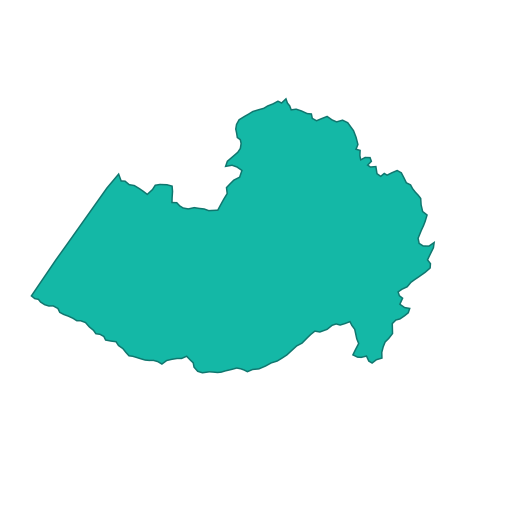 the district of São Gabriel da Palha, Espírito Santo, Brazil, rotated 215°
{"feature_id": "56859067B16425031458349", "entity_name": "São Gabriel da Palha", "entity_type": "district", "adm_level": 2, "iso_a3": "BRA", "parent_name": "Brazil", "parent_adm1": "Espírito Santo", "projection": "equal_earth", "projection_center": [-40.521, -18.954], "detail": "fine", "context": "isolated", "style": "filled", "palette": "teal", "viewbox_px": 512, "rotation_deg": 215, "n_neighbors": 0, "source": "geoboundaries", "source_scale": "gbopen_adm2", "svg_char_len": 2913}
<svg xmlns="http://www.w3.org/2000/svg" viewBox="0 0 512 512"><g transform="rotate(215 256 256)"><path d="M209.1,398.0L213.3,394.5L216.7,394.5L215.8,399.7L219.0,402.0L223.1,399.3L225.4,394.8L228.5,397.8L231.3,402.2L235.3,400.8L236.5,405.8L242.1,410.6L248.0,414.6L253.0,416.3L257.3,417.8L263.0,416.9L266.9,412.1L271.8,411.1L277.8,411.1L281.3,405.8L284.0,401.5L288.8,401.0L292.1,404.1L295.8,402.0L301.9,400.9L307.3,399.3L311.0,395.9L314.5,398.3L318.0,399.3L321.6,401.9L322.8,396.0L326.8,395.4L329.3,390.4L332.5,385.6L334.3,381.5L337.9,377.1L341.5,372.5L343.3,368.3L345.4,363.9L348.0,357.9L347.4,352.6L345.4,348.4L342.2,345.4L339.2,342.3L335.6,342.3L332.7,339.6L330.5,335.1L330.4,330.6L331.8,324.9L333.8,317.2L332.3,312.0L327.7,316.6L322.6,318.0L316.6,318.0L314.6,311.2L317.7,305.4L318.6,300.4L319.4,295.1L315.4,290.6L315.0,284.1L314.3,277.6L313.6,271.6L320.8,266.0L325.4,264.8L330.2,262.2L334.3,260.2L338.5,255.7L343.3,253.5L347.2,253.3L351.5,254.2L355.5,251.6L358.2,255.7L361.4,261.0L364.8,265.1L369.8,263.3L375.7,259.5L379.1,256.2L378.9,251.1L380.4,244.1L385.0,244.3L390.1,244.3L396.1,243.9L400.8,241.7L406.2,242.2L409.5,240.1L415.5,244.3L417.1,226.3L417.5,157.2L417.7,138.1L417.1,94.5L412.8,94.2L409.4,95.7L406.0,94.7L401.2,94.9L397.1,96.2L393.5,98.8L388.2,99.4L384.4,97.3L380.1,97.8L375.2,99.1L370.2,100.0L365.7,100.2L362.5,102.4L357.5,103.7L351.8,102.3L346.5,101.9L342.6,100.5L338.8,102.4L334.5,102.8L331.0,100.9L326.1,103.1L321.5,105.5L317.3,103.8L311.9,103.8L307.2,102.4L302.8,101.4L299.6,103.1L296.0,104.3L291.5,105.7L287.1,107.2L283.6,109.2L280.1,111.7L275.7,113.2L271.1,113.5L269.2,119.2L265.7,123.1L262.0,126.7L258.2,129.4L255.3,134.1L249.6,133.0L246.2,132.5L243.0,129.4L237.6,128.1L232.9,129.6L227.8,134.4L224.1,136.6L220.7,138.5L217.9,140.9L215.4,144.1L211.1,148.9L207.5,153.2L203.7,154.9L200.3,155.8L196.7,156.3L193.7,161.1L188.9,165.2L185.1,171.3L182.2,177.2L178.4,182.1L176.2,187.1L174.0,192.6L172.6,198.9L171.1,205.7L168.3,211.1L167.0,218.8L166.1,223.4L164.7,228.2L160.1,230.4L155.7,236.7L153.9,242.9L151.4,246.3L147.5,247.7L144.3,251.8L141.4,256.1L137.6,254.1L133.1,252.6L126.0,246.0L121.7,243.2L120.8,236.2L119.9,230.6L114.8,231.4L111.7,233.3L108.1,237.4L103.3,234.6L99.5,234.9L97.9,240.1L94.3,244.6L97.7,249.2L99.7,254.5L100.9,259.6L100.0,264.6L99.7,270.8L105.6,278.8L104.7,283.8L102.0,287.0L100.0,292.3L98.7,296.8L100.0,301.2L104.7,299.0L110.5,299.0L111.7,305.5L115.8,305.7L119.0,308.1L117.4,312.5L114.5,317.5L114.0,323.3L112.6,327.4L110.4,333.2L108.0,339.9L106.5,346.1L108.7,349.8L113.3,351.2L114.2,356.7L115.4,364.5L117.8,369.2L120.0,363.3L124.8,360.1L129.6,359.9L133.4,363.5L135.3,371.9L136.2,376.9L137.3,381.4L139.4,387.7L145.0,388.0L150.1,392.6L154.1,397.6L157.9,398.8L162.2,399.7L166.2,400.9L170.2,402.9L174.8,402.2L179.7,404.9L184.7,407.5L189.4,407.0L192.5,402.0L195.0,397.4L198.3,397.2L199.5,392.8L204.1,392.8L209.1,398.0Z" fill="#14b8a6" stroke="#0f766e" stroke-width="1.5"/></g></svg>